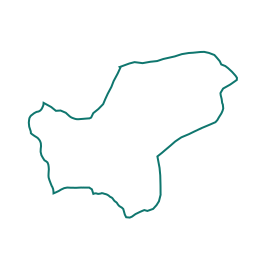 Lingmukha, Punakha, Bhutan, rotated 10°
{"feature_id": "84629894B76511771149478", "entity_name": "Lingmukha", "entity_type": "district", "adm_level": 2, "iso_a3": "BTN", "parent_name": "Bhutan", "parent_adm1": "Punakha", "projection": "robinson", "projection_center": [89.91, 27.547], "detail": "fine", "context": "isolated", "style": "outline", "palette": "teal", "viewbox_px": 256, "rotation_deg": 10, "n_neighbors": 0, "source": "geoboundaries", "source_scale": "gbopen_adm2", "svg_char_len": 2298}
<svg xmlns="http://www.w3.org/2000/svg" viewBox="0 0 256 256"><g transform="rotate(10 128 128)"><path d="M66.0,205.3L68.0,204.0L70.7,202.1L73.0,200.1L75.6,198.3L78.5,197.2L81.7,196.8L87.3,195.9L92.1,194.8L93.5,194.6L94.4,194.4L96.5,194.1L100.1,193.4L103.1,194.7L105.3,198.9L106.6,198.2L107.8,197.9L108.9,198.0L110.0,198.1L111.0,197.8L112.7,197.2L113.5,196.7L114.8,196.7L116.1,196.9L117.7,197.0L118.8,197.2L120.5,197.8L122.0,198.7L122.9,199.1L123.7,199.2L124.8,199.8L127.1,202.0L127.9,202.5L129.4,203.2L130.1,203.7L130.9,204.6L131.6,205.3L132.3,205.9L133.2,206.5L135.8,207.5L137.4,208.6L139.9,213.8L141.7,216.2L145.3,215.9L147.3,214.6L150.3,211.5L154.3,208.6L156.4,207.2L158.3,206.0L161.5,206.3L166.8,203.3L169.5,199.0L171.2,194.8L171.7,188.1L171.5,187.2L170.1,179.5L169.9,178.5L168.0,169.1L166.0,161.8L161.9,150.9L165.8,146.5L168.0,143.8L171.6,139.5L173.1,137.7L176.8,133.1L180.3,129.7L182.2,127.9L188.1,124.1L188.9,123.6L193.7,120.1L200.5,115.3L203.6,113.3L207.8,110.6L213.1,107.1L214.6,104.7L215.6,101.9L217.4,97.5L218.1,94.8L218.4,92.2L217.3,88.4L216.4,87.0L215.2,83.2L213.6,79.6L213.0,77.6L213.5,76.1L214.8,72.7L215.6,72.0L220.6,67.9L221.3,67.3L226.8,61.8L226.6,59.7L224.9,57.9L220.7,54.6L216.0,51.6L213.1,50.1L208.8,49.2L206.8,46.3L203.1,43.2L200.4,41.1L197.2,40.5L194.6,40.0L189.8,39.8L186.0,40.6L178.9,42.6L174.8,43.6L168.2,45.9L162.7,48.8L161.8,49.3L160.4,49.9L150.8,53.9L145.1,57.0L138.5,58.9L131.1,61.6L123.0,62.0L118.2,64.2L109.2,69.4L110.0,70.0L108.4,76.1L105.7,84.3L104.5,90.4L102.1,97.8L100.6,103.5L99.4,108.8L95.5,114.5L91.2,119.4L89.9,124.1L88.4,125.2L86.7,125.6L77.5,128.0L76.1,128.2L74.6,128.2L73.7,128.1L71.3,127.7L69.7,127.2L68.3,126.5L64.1,123.8L58.6,122.5L54.0,123.6L48.8,120.7L40.5,117.9L40.7,120.2L40.1,122.8L39.5,124.6L38.6,126.0L37.6,126.9L36.8,127.4L35.2,128.0L34.0,128.9L32.7,130.0L31.4,131.5L30.5,132.4L29.8,133.6L29.2,135.4L29.2,137.3L29.4,140.0L30.5,143.9L32.8,148.2L33.3,150.0L34.4,150.7L37.4,152.1L39.2,152.8L40.8,153.5L42.4,154.8L43.4,155.8L44.3,157.2L44.8,158.2L45.5,161.0L45.7,163.9L46.1,166.7L47.5,169.9L48.5,171.1L49.2,172.0L51.3,174.3L53.1,175.0L54.7,175.9L55.9,177.9L56.6,180.0L57.2,182.4L57.6,186.0L58.0,188.9L58.5,190.7L59.7,193.0L61.3,195.7L62.9,198.3L63.7,199.2L64.9,201.2L65.6,203.4L66.0,205.3Z" fill="none" stroke="#0f766e" stroke-width="2"/></g></svg>